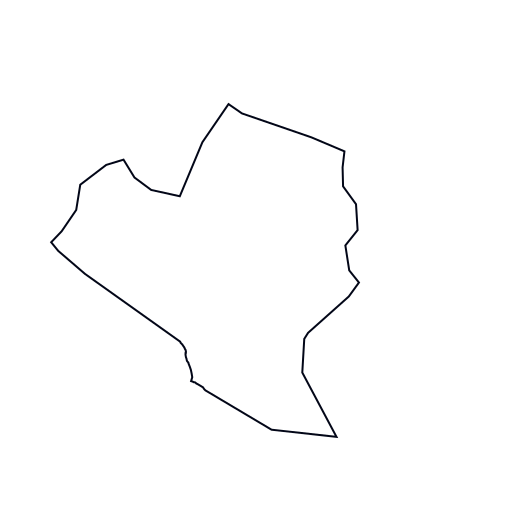 outline of Ilejemeje, Ekiti, Nigeria, rotated 131°
{"feature_id": "59680162B76636581595069", "entity_name": "Ilejemeje", "entity_type": "district", "adm_level": 2, "iso_a3": "NGA", "parent_name": "Nigeria", "parent_adm1": "Ekiti", "projection": "natural_earth1", "projection_center": [5.249, 7.94], "detail": "fine", "context": "isolated", "style": "outline", "palette": "ink", "viewbox_px": 512, "rotation_deg": 131, "n_neighbors": 0, "source": "geoboundaries", "source_scale": "gbopen_adm2", "svg_char_len": 1172}
<svg xmlns="http://www.w3.org/2000/svg" viewBox="0 0 512 512"><g transform="rotate(131 256 256)"><path d="M339.7,76.6L313.6,144.6L286.9,165.2L279.8,166.3L225.7,159.4L208.5,160.9L205.7,176.2L189.4,195.5L169.8,196.3L151.3,214.5L146.3,236.0L132.3,248.8L119.0,257.9L130.1,292.0L157.6,360.1L159.4,376.4L205.3,371.1L260.9,352.7L274.9,378.4L276.5,399.2L270.2,419.2L285.5,428.8L317.5,435.4L339.2,421.9L364.8,418.9L380.0,419.6L381.9,408.6L381.7,373.3L370.4,257.0L370.7,256.5L371.0,255.8L371.0,255.1L371.1,254.4L371.1,253.5L371.3,253.1L371.4,252.7L371.7,251.5L372.1,249.9L372.6,249.1L372.9,248.3L373.1,247.5L373.5,247.0L374.0,246.3L374.3,246.0L374.7,245.7L375.0,245.8L375.7,245.0L376.2,245.0L376.8,244.3L377.2,243.9L377.6,243.4L378.4,242.4L379.1,241.1L380.0,240.0L380.6,238.9L380.7,237.9L380.9,237.0L381.4,236.4L383.0,233.3L384.7,230.4L386.9,227.5L389.3,224.6L393.0,222.9L392.7,222.2L392.2,220.9L392.2,220.4L392.0,220.0L391.7,219.7L391.4,219.2L391.3,218.4L391.4,217.2L391.2,216.9L390.9,215.5L390.7,214.4L390.4,212.8L390.2,211.7L390.2,211.3L389.9,210.3L389.9,210.1L389.9,209.9L390.5,207.6L390.6,206.0L376.9,130.3L339.7,76.6Z" fill="none" stroke="#020617" stroke-width="2"/></g></svg>